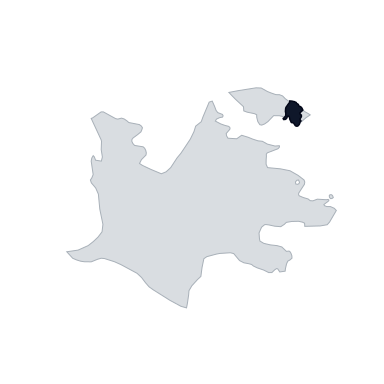 Sharur District, Şərur, Azerbaijan shown in context, rotated 158°
{"feature_id": "54616110B53436270368491", "entity_name": "Sharur District", "entity_type": "district", "adm_level": 2, "iso_a3": "AZE", "parent_name": "Azerbaijan", "parent_adm1": "Şərur", "projection": "natural_earth1", "projection_center": [45.071, 39.583], "detail": "fine", "context": "in_parent", "style": "filled", "palette": "ink", "viewbox_px": 384, "rotation_deg": 158, "n_neighbors": 0, "source": "geoboundaries", "source_scale": "gbopen_adm2", "svg_char_len": 4813}
<svg xmlns="http://www.w3.org/2000/svg" viewBox="0 0 384 384"><g transform="rotate(158 192 192)"><path d="M257.9,298.0L256.5,297.9L246.3,300.3L244.2,299.5L235.3,288.6L233.5,287.4L229.7,286.9L227.5,285.1L225.6,282.2L224.6,280.1L215.5,274.2L214.2,272.0L213.9,270.1L215.3,268.4L216.8,266.9L221.2,265.5L226.3,264.2L227.9,263.3L228.8,261.7L228.7,259.2L227.8,256.7L220.4,252.2L219.5,250.3L219.3,247.9L219.7,245.4L220.8,243.5L226.8,240.9L230.0,238.1L227.9,235.1L221.4,228.1L213.6,220.4L208.5,220.4L202.6,222.6L193.1,229.2L187.9,232.0L181.1,236.6L173.7,241.7L167.6,247.2L163.9,251.7L157.1,253.7L153.7,257.5L142.4,268.9L139.2,268.7L139.0,263.1L139.1,258.6L138.4,256.0L134.7,252.5L134.6,251.0L135.6,250.0L138.4,250.6L142.0,250.4L143.8,249.0L139.9,244.4L136.4,241.3L133.5,239.2L132.8,237.9L132.8,237.0L133.4,236.0L138.4,233.4L138.9,231.0L138.5,228.4L130.6,224.6L124.7,226.0L119.3,221.6L115.9,218.3L111.6,214.7L107.8,212.7L104.2,208.2L97.8,203.5L93.7,202.2L93.8,201.5L94.5,200.6L96.2,199.9L107.5,200.1L108.9,199.3L109.6,197.3L111.1,194.3L112.9,190.0L112.8,186.3L101.4,180.4L93.2,175.0L87.5,167.8L83.6,161.2L83.7,159.0L84.9,157.0L93.6,150.9L94.2,149.4L94.0,148.3L90.9,145.2L86.9,142.0L85.7,139.7L83.2,138.5L78.5,138.4L70.3,134.5L68.5,134.1L68.1,133.4L68.5,132.6L74.4,131.0L74.3,129.7L72.5,128.0L69.2,126.7L66.2,123.6L65.1,120.8L75.7,112.6L78.9,111.0L85.8,112.5L100.3,117.9L99.3,120.9L100.8,122.6L104.1,124.9L110.5,127.3L115.9,128.5L118.6,127.4L122.7,126.6L128.1,129.3L133.1,132.7L135.6,134.1L136.9,134.5L140.7,133.3L145.2,128.9L146.9,123.6L147.4,121.1L144.7,117.5L139.3,113.7L133.2,110.4L129.3,107.4L126.7,101.6L124.2,100.9L123.6,100.2L123.2,98.2L123.3,95.4L124.1,93.2L126.6,92.3L129.1,92.0L131.3,89.9L134.1,85.9L135.3,83.7L140.6,85.0L141.3,88.6L142.2,89.3L144.4,88.9L148.1,87.4L151.0,88.5L154.8,92.8L160.0,97.3L162.8,100.4L163.9,102.5L166.6,104.5L170.4,106.9L173.6,110.6L176.4,119.3L179.2,121.3L189.2,124.6L192.7,125.3L202.5,126.5L206.0,125.7L211.0,118.2L215.4,110.4L219.6,108.8L227.3,105.1L231.8,101.6L233.7,97.8L237.9,90.6L240.5,86.6L245.1,90.2L253.1,99.9L264.5,115.7L267.3,120.1L269.1,125.3L270.8,131.6L273.4,137.2L285.0,151.2L290.0,156.4L298.1,163.1L301.0,164.6L304.7,165.0L311.6,165.0L318.0,167.7L321.1,169.5L324.4,172.2L327.4,175.2L330.5,183.5L319.4,180.8L308.3,181.2L302.1,183.0L296.0,185.4L290.3,188.8L286.7,195.4L283.9,210.7L279.6,225.1L279.8,231.8L281.9,238.2L281.7,241.2L279.7,242.5L277.1,245.2L273.9,258.4L272.2,261.0L270.0,262.7L269.4,261.1L269.5,257.6L264.5,254.6L262.0,258.0L260.3,265.3L256.9,272.9L256.7,274.4L257.9,298.0ZM92.3,162.6L92.8,160.6L91.4,159.6L89.9,159.6L88.7,160.6L88.7,163.2L90.4,163.6L92.3,162.6ZM55.9,222.5L54.3,220.4L53.5,219.2L58.4,218.2L66.6,215.4L68.8,216.8L71.2,219.7L72.4,222.1L72.6,226.7L73.6,227.5L77.5,225.9L79.3,227.8L82.4,230.0L87.7,232.2L95.3,228.8L99.1,227.9L102.3,227.9L103.9,229.0L104.6,232.6L104.0,237.0L103.1,239.4L104.7,241.2L111.0,245.4L113.6,247.8L112.3,251.8L117.0,261.8L118.6,265.7L120.5,270.5L110.9,268.6L93.6,264.6L88.9,262.5L84.4,256.9L81.7,254.3L77.7,250.8L74.5,249.5L72.0,247.1L70.6,243.6L68.6,240.4L65.0,236.6L57.0,223.8L55.9,222.5ZM66.2,137.1L65.1,137.8L63.5,137.1L63.0,135.6L63.1,133.9L64.8,133.5L66.1,134.0L66.5,135.5L66.2,137.1Z" fill="#d9dde1" stroke="#a8b0b8" stroke-width="1"/><path d="M79.9,226.1L80.0,225.7L79.8,224.8L79.1,224.6L78.6,224.4L77.9,224.4L77.3,224.6L76.8,224.8L76.2,225.2L75.7,225.8L75.4,226.2L74.8,226.5L74.2,226.4L73.8,225.4L73.8,224.7L73.8,223.9L74.0,223.2L74.1,222.6L74.0,222.1L74.0,221.6L74.0,221.2L73.9,220.6L74.0,219.9L73.9,219.5L73.6,219.0L73.3,218.8L73.0,218.6L72.5,218.5L72.2,218.2L71.9,217.7L71.8,217.0L71.7,216.4L71.5,216.0L71.5,215.5L71.5,215.1L71.2,214.6L70.9,214.2L70.4,213.9L70.1,213.7L69.7,213.6L68.9,213.6L68.4,213.9L67.9,214.1L67.3,214.4L66.9,214.8L66.4,215.3L66.2,215.8L65.7,216.2L65.4,216.5L64.8,216.8L64.5,216.9L64.3,217.3L64.5,217.8L64.8,218.3L64.7,218.6L64.4,219.1L64.3,219.4L63.9,219.8L63.5,220.0L63.1,220.2L62.6,220.7L62.4,220.9L62.1,221.3L62.0,221.8L61.8,222.3L62.0,222.6L62.1,223.0L62.4,223.3L62.5,223.6L62.6,223.9L62.7,224.2L62.4,224.5L62.2,225.0L61.6,225.1L61.3,225.4L60.9,225.6L60.4,225.7L60.0,225.9L59.4,226.0L59.0,226.2L58.6,226.4L58.5,227.0L58.6,227.6L58.6,228.2L58.8,229.3L59.0,229.7L59.3,230.3L59.6,230.7L60.2,231.1L60.5,231.6L60.7,232.6L60.6,233.2L60.8,233.7L61.2,234.2L61.6,234.7L61.8,235.1L61.9,236.0L62.4,236.5L62.8,236.8L63.0,237.3L63.8,237.7L64.2,238.1L64.7,238.4L65.2,238.8L65.8,239.1L66.4,239.4L67.2,239.8L67.5,239.3L68.1,238.4L68.7,238.1L69.4,237.7L70.2,237.2L70.7,236.9L71.2,236.5L72.1,236.0L72.5,235.7L73.2,235.3L73.5,234.8L73.9,234.3L74.1,234.0L74.3,233.4L74.7,232.9L74.8,232.5L75.1,231.9L75.3,231.5L75.4,230.7L75.5,230.1L75.8,229.2L76.1,228.7L76.3,228.1L76.7,227.6L77.2,227.2L77.9,226.9L78.4,226.6L78.9,226.3L79.4,226.2L79.9,226.1Z" fill="#0f172a" stroke="#020617" stroke-width="1.5"/></g></svg>